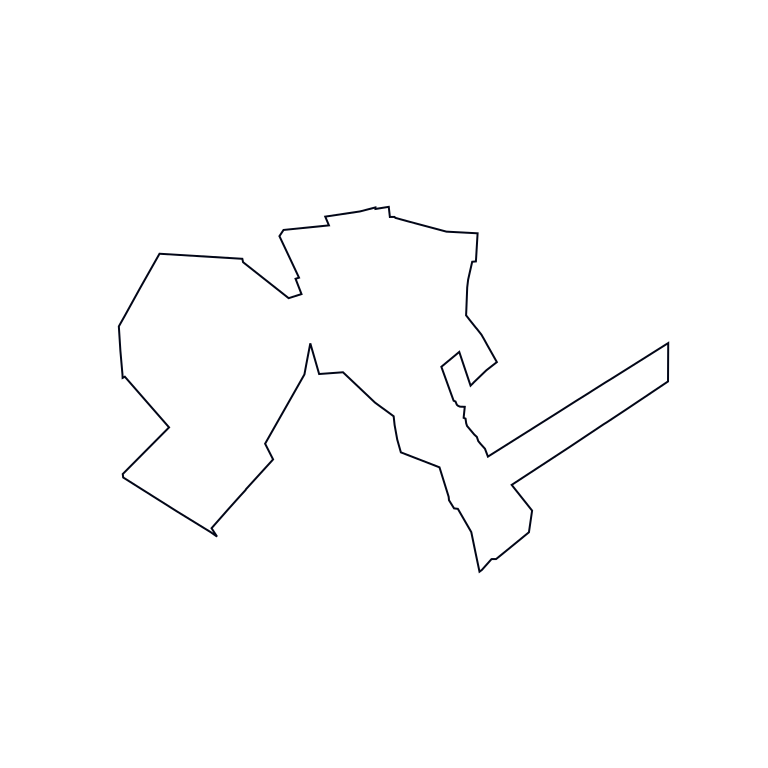 the district of Mazatán, Sonora, Mexico, rotated 336°
{"feature_id": "50627088B62941812668880", "entity_name": "Mazatán", "entity_type": "district", "adm_level": 2, "iso_a3": "MEX", "parent_name": "Mexico", "parent_adm1": "Sonora", "projection": "mercator", "projection_center": [-110.163, 28.931], "detail": "fine", "context": "isolated", "style": "outline", "palette": "ink", "viewbox_px": 768, "rotation_deg": 336, "n_neighbors": 0, "source": "geoboundaries", "source_scale": "gbopen_adm2", "svg_char_len": 1882}
<svg xmlns="http://www.w3.org/2000/svg" viewBox="0 0 768 768"><g transform="rotate(336 384 384)"><path d="M162.5,311.9L170.0,336.2L108.7,360.0L108.0,362.4L107.7,363.3L143.3,416.6L165.3,448.7L169.4,455.5L167.8,445.6L190.9,435.0L207.2,427.7L213.9,424.8L214.2,424.7L215.1,424.0L216.0,423.6L252.0,407.8L251.1,390.2L315.2,342.9L321.1,334.3L333.2,316.9L330.2,338.5L328.8,348.5L351.3,356.6L358.5,373.9L368.2,397.3L373.1,405.9L373.2,406.0L379.7,417.4L377.0,425.8L373.5,440.1L371.6,453.3L400.8,482.7L397.2,513.3L396.1,516.6L397.4,526.1L400.7,528.1L403.5,554.8L399.2,574.4L394.9,594.3L397.7,593.7L411.0,587.7L415.2,589.5L425.3,586.8L456.1,578.4L467.8,559.9L459.6,528.1L527.6,517.1L568.4,510.1L571.4,509.7L571.5,509.7L594.3,505.9L644.5,497.2L660.3,462.2L597.7,471.2L591.9,472.0L587.1,472.6L571.4,474.9L568.3,475.4L551.9,477.7L531.1,480.8L449.4,492.6L449.9,484.2L447.8,477.8L446.9,474.5L447.3,470.1L445.9,466.9L442.8,456.1L443.1,453.3L444.4,448.8L443.0,447.3L443.5,446.4L448.5,437.7L444.8,435.9L444.2,435.6L442.9,434.2L442.6,433.7L442.1,432.6L442.1,431.8L442.2,429.1L440.8,427.6L441.6,416.2L443.4,391.6L465.8,385.3L462.4,420.7L463.2,420.4L465.7,419.5L466.5,419.1L483.1,413.1L496.0,409.9L494.6,394.9L494.2,390.8L493.6,383.6L493.3,380.9L493.1,378.7L492.3,375.5L491.2,371.1L490.8,369.9L488.2,359.9L487.2,355.7L486.9,354.7L489.2,350.1L499.3,329.6L503.3,322.9L508.3,316.2L512.8,310.2L514.3,308.2L517.8,309.4L519.5,306.2L522.6,300.2L524.0,297.5L530.8,284.4L503.0,270.2L472.1,245.2L462.0,236.9L461.5,235.6L457.3,233.8L460.4,224.1L447.4,220.6L448.0,219.2L432.3,216.6L398.4,207.2L398.2,216.7L354.9,202.4L348.6,206.4L349.2,232.9L349.6,252.3L346.0,251.9L345.2,268.3L331.8,266.8L304.8,215.4L305.5,212.0L231.9,173.7L203.8,194.5L199.5,197.7L174.5,216.6L165.2,223.5L156.7,246.4L150.3,265.0L149.0,268.8L147.7,272.1L150.2,271.9L158.9,300.2L162.5,311.9Z" fill="none" stroke="#020617" stroke-width="2"/></g></svg>